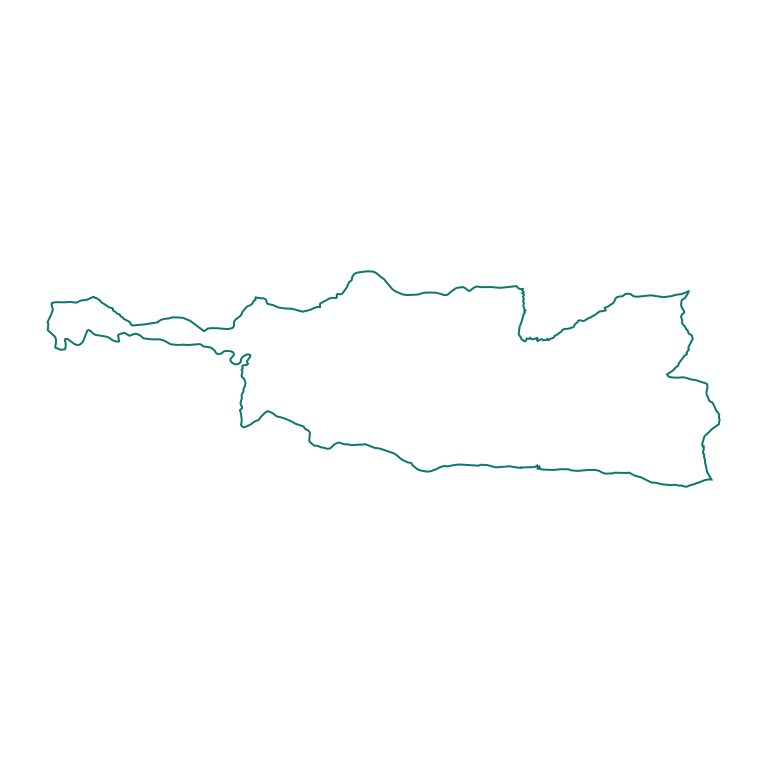 Bituima, Cundinamarca, Colombia, rotated 268°
{"feature_id": "7082276B83623013495756", "entity_name": "Bituima", "entity_type": "district", "adm_level": 2, "iso_a3": "COL", "parent_name": "Colombia", "parent_adm1": "Cundinamarca", "projection": "robinson", "projection_center": [-74.523, 4.866], "detail": "fine", "context": "isolated", "style": "outline", "palette": "teal", "viewbox_px": 768, "rotation_deg": 268, "n_neighbors": 0, "source": "geoboundaries", "source_scale": "gbopen_adm2", "svg_char_len": 6125}
<svg xmlns="http://www.w3.org/2000/svg" viewBox="0 0 768 768"><g transform="rotate(268 384 384)"><path d="M402.1,685.7L403.3,687.8L405.0,687.6L407.8,689.9L409.3,689.4L410.6,689.7L418.1,694.2L421.4,693.4L422.5,692.5L423.7,690.4L427.5,689.1L427.6,688.4L431.4,686.4L433.9,684.1L437.8,684.2L440.5,683.2L443.1,684.1L444.6,686.2L445.5,686.7L450.8,684.0L453.0,683.7L457.4,684.4L459.2,687.6L464.6,691.3L465.9,691.6L463.3,683.7L463.1,679.6L461.8,674.3L461.0,666.4L463.3,654.0L462.4,640.3L462.6,637.9L463.1,636.4L465.3,633.4L465.8,629.9L465.3,628.0L463.3,625.4L463.3,623.0L462.6,619.8L461.3,618.3L459.5,617.7L457.2,616.2L453.5,610.4L452.4,607.4L449.9,608.1L449.2,605.2L449.0,602.1L445.1,596.4L444.5,594.6L443.3,593.0L442.7,590.8L440.2,586.4L440.0,584.8L440.9,582.4L440.4,580.3L438.7,579.2L437.4,577.2L434.7,575.7L434.1,574.8L432.8,570.1L432.7,566.2L431.6,563.9L429.7,562.6L429.1,561.0L427.7,559.8L426.3,556.3L424.9,555.7L424.1,554.7L423.4,551.9L422.1,550.0L423.3,548.9L422.3,547.8L422.2,544.6L423.3,543.4L422.9,541.4L421.6,539.1L422.8,538.2L423.6,538.3L424.3,539.0L424.7,538.7L423.4,534.1L424.0,532.6L425.1,531.6L424.0,530.5L424.5,528.2L422.3,527.3L421.8,526.6L421.8,525.6L423.3,524.1L423.8,523.0L425.3,522.7L428.9,520.3L436.4,521.5L441.2,523.6L449.4,526.2L450.2,527.2L451.9,526.7L452.5,527.9L453.9,526.9L457.6,526.0L460.3,526.7L461.3,526.1L462.7,526.0L463.9,526.8L466.6,525.9L468.1,527.0L469.6,526.4L469.9,525.5L470.9,526.7L472.4,525.5L474.1,526.1L473.9,525.0L474.2,523.2L475.1,521.6L477.2,519.7L476.0,503.4L477.1,494.9L477.4,484.9L478.2,480.0L477.3,477.5L474.1,473.0L474.4,471.3L476.5,469.2L478.1,466.4L477.6,460.5L477.1,459.1L474.6,455.1L471.1,450.8L470.6,448.8L471.0,446.3L471.7,445.2L473.5,438.8L473.9,428.9L473.3,424.8L472.2,421.3L472.1,409.8L472.9,405.7L476.0,399.0L478.4,395.7L489.1,387.4L491.5,384.0L494.3,381.2L496.0,378.7L496.8,376.7L497.2,371.2L496.5,363.0L496.0,360.3L495.0,358.1L492.3,356.1L489.0,355.4L486.9,352.6L481.7,350.1L475.6,345.3L475.2,344.1L475.6,340.7L474.6,339.8L472.9,340.0L471.7,339.3L471.9,334.5L471.3,332.3L466.7,323.1L465.5,322.7L463.3,322.8L463.1,318.7L460.7,312.9L459.1,305.2L462.3,295.1L463.1,286.6L464.3,280.9L466.6,276.1L468.2,270.4L469.9,269.6L472.5,269.0L473.2,267.9L473.9,266.3L474.0,263.8L475.0,258.7L472.4,258.4L472.0,257.0L468.9,255.1L467.4,253.2L466.5,250.5L465.3,248.9L461.1,245.1L459.0,244.3L456.9,242.7L453.6,237.9L451.7,236.4L447.0,236.0L446.0,235.3L445.0,233.8L444.3,229.9L445.6,218.9L445.9,212.6L445.5,209.8L443.6,207.1L443.2,205.8L454.0,192.4L457.0,185.7L457.6,181.6L458.0,175.0L457.0,171.1L456.7,166.5L455.8,163.2L454.6,161.0L453.6,160.3L453.3,158.2L451.9,146.7L451.3,135.2L451.6,133.7L454.8,132.1L458.2,126.2L460.0,124.8L460.8,123.1L462.8,122.2L463.7,119.7L465.3,118.3L466.6,116.1L467.5,115.6L468.2,115.9L469.3,115.0L470.5,111.3L472.1,109.5L475.8,104.0L477.0,103.5L479.9,99.7L480.3,97.9L481.1,97.3L481.2,96.4L478.8,90.7L478.2,88.2L478.2,84.6L476.0,79.4L477.0,73.3L476.8,68.4L477.2,58.4L476.5,54.8L474.5,54.6L470.4,55.6L469.5,55.5L465.0,53.8L457.6,49.9L456.5,50.5L454.2,50.5L449.6,49.8L443.2,56.4L440.4,57.7L436.7,57.6L432.0,56.7L429.5,61.8L429.7,66.0L430.3,66.7L434.7,67.4L439.3,66.6L440.1,67.1L440.0,69.4L434.7,76.0L433.7,78.5L433.8,80.9L434.5,82.1L436.7,84.6L447.8,89.4L448.3,90.6L446.6,93.4L444.7,94.8L443.3,97.0L440.9,108.5L440.1,110.4L437.3,114.2L435.7,118.0L435.9,120.8L441.9,119.9L442.6,120.5L443.4,122.6L444.1,126.5L441.1,131.3L442.9,136.7L442.6,138.9L440.9,142.2L437.9,145.4L436.7,154.2L436.5,161.3L436.0,163.0L435.3,165.2L431.1,172.4L430.2,179.5L430.3,184.8L429.8,190.0L430.3,200.4L429.9,202.5L427.8,204.9L426.9,210.8L425.6,213.5L423.5,215.7L420.3,217.7L419.7,219.3L420.0,222.2L422.3,225.4L422.6,228.2L422.0,232.1L421.1,234.1L419.6,235.0L418.6,234.9L417.7,234.6L414.5,231.5L413.3,231.3L411.4,232.0L409.7,234.1L409.1,235.5L408.8,237.3L409.1,239.1L409.9,240.5L411.6,241.7L413.4,241.9L414.8,242.6L416.1,243.9L418.0,247.0L418.4,249.3L417.6,251.3L415.9,251.2L411.6,247.9L410.1,248.1L409.1,248.8L408.6,248.5L408.0,247.8L407.3,243.2L406.8,242.9L404.7,243.4L403.1,242.1L401.3,243.0L397.2,241.9L396.1,242.3L394.4,244.0L392.9,244.8L390.3,245.6L387.2,245.2L384.1,243.4L381.6,243.4L378.3,241.4L374.4,241.4L370.8,240.1L368.4,240.1L365.7,241.5L364.9,241.3L363.0,239.2L358.9,240.1L352.7,240.6L348.2,239.7L347.0,240.3L345.7,241.8L345.8,243.5L347.0,246.7L348.4,249.6L351.1,253.5L352.5,257.5L355.8,260.1L359.7,264.5L360.9,266.7L360.4,268.4L358.5,272.1L355.3,275.7L354.6,279.0L352.5,284.7L349.4,291.0L347.6,293.7L344.3,302.2L342.1,303.4L339.9,307.0L338.1,308.3L330.0,307.3L328.7,307.7L324.9,312.1L324.3,316.1L323.1,318.2L322.1,322.8L321.3,324.6L321.3,326.7L321.7,328.1L325.9,333.1L327.1,336.9L325.0,342.7L325.2,344.6L324.0,349.8L324.4,363.4L320.6,372.2L319.5,378.0L314.5,391.0L313.4,393.0L307.9,399.1L304.7,405.2L304.4,407.5L303.7,408.8L301.9,409.6L297.6,414.4L296.2,417.8L294.9,424.0L295.3,428.4L296.3,430.4L296.9,433.0L299.0,437.3L300.0,441.4L299.4,444.7L300.7,452.3L300.9,457.1L299.2,474.2L299.1,475.7L299.9,478.0L299.4,484.1L296.8,492.9L297.4,507.4L296.7,509.6L295.3,518.0L295.8,518.0L295.7,531.8L297.2,534.2L295.5,534.8L296.3,536.3L295.2,536.7L294.0,533.7L294.0,535.6L292.9,540.2L292.2,550.6L292.7,557.9L292.3,565.5L291.1,568.3L290.4,574.5L291.0,585.9L290.7,592.2L289.8,595.7L287.5,599.7L286.7,602.1L286.7,609.7L287.3,611.3L286.6,623.4L286.9,625.8L283.4,631.9L282.0,637.2L276.2,647.8L275.9,651.7L273.9,659.1L272.9,667.3L273.1,671.9L272.1,675.6L272.1,678.4L271.6,678.8L270.8,682.3L270.8,683.2L272.5,687.3L273.0,690.9L273.9,692.2L274.2,694.3L276.7,701.1L277.3,704.9L277.1,707.9L284.8,703.9L295.2,702.0L296.5,702.3L299.8,701.3L302.2,701.6L302.6,700.9L305.1,700.4L307.7,701.4L310.0,700.8L310.2,701.5L310.8,701.3L310.8,700.2L312.8,699.9L320.5,702.4L327.9,710.8L332.1,717.2L336.8,718.2L338.0,717.6L341.9,717.9L346.0,715.1L353.3,712.0L354.1,711.4L355.4,708.9L356.2,708.3L359.8,707.3L361.5,706.2L364.3,705.9L368.8,707.1L372.1,707.1L373.1,706.4L377.1,695.4L378.0,690.5L379.9,685.3L380.3,682.3L380.0,678.1L380.5,671.7L381.3,669.2L382.5,667.7L383.8,667.3L386.6,672.0L388.4,674.4L390.5,676.2L392.2,678.7L394.0,679.2L396.0,680.6L402.1,685.7Z" fill="none" stroke="#0f766e" stroke-width="2"/></g></svg>